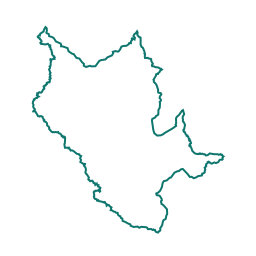 Coronel Portillo, Ucayali, Peru, rotated 176°
{"feature_id": "86281439B8316055413936", "entity_name": "Coronel Portillo", "entity_type": "district", "adm_level": 2, "iso_a3": "PER", "parent_name": "Peru", "parent_adm1": "Ucayali", "projection": "albers", "projection_center": [-74.152, -8.678], "detail": "fine", "context": "isolated", "style": "outline", "palette": "teal", "viewbox_px": 256, "rotation_deg": 176, "n_neighbors": 0, "source": "geoboundaries", "source_scale": "gbopen_adm2", "svg_char_len": 5800}
<svg xmlns="http://www.w3.org/2000/svg" viewBox="0 0 256 256"><g transform="rotate(176 128 128)"><path d="M201.9,183.7L201.7,182.7L203.0,182.0L202.6,181.3L202.8,179.5L203.7,178.9L204.2,179.3L205.8,178.8L205.8,177.5L206.9,177.1L207.1,176.2L207.7,175.9L208.4,176.1L209.3,175.4L208.7,173.6L208.8,172.9L209.8,172.5L211.4,169.9L212.2,169.3L214.1,169.9L215.0,169.3L215.1,168.8L216.1,169.0L216.6,167.0L215.9,166.9L215.7,166.3L214.9,165.6L216.0,165.3L216.6,164.3L217.6,164.4L219.3,163.4L219.3,163.0L219.9,163.0L219.8,162.3L220.8,161.3L221.3,159.3L220.6,157.6L221.1,156.3L220.8,154.8L219.6,153.2L219.9,152.4L221.1,151.6L221.3,151.2L219.2,150.9L216.9,146.1L216.1,146.1L215.5,145.6L214.1,146.0L212.5,145.2L212.5,144.4L211.7,143.1L211.6,141.9L211.0,141.8L211.1,140.4L209.8,140.0L208.6,138.7L208.4,136.1L206.9,134.7L206.5,133.4L206.8,132.6L204.5,129.6L203.4,129.0L202.8,129.2L201.8,128.8L200.8,129.1L199.3,128.7L198.0,128.9L197.9,128.2L197.2,127.5L195.8,127.0L194.9,125.7L194.7,124.6L193.8,124.6L193.8,123.7L193.2,123.0L192.7,123.0L192.0,123.7L191.6,123.4L191.4,122.3L192.1,117.1L192.6,116.4L192.3,112.7L189.4,112.6L189.0,111.9L188.2,112.4L186.8,109.5L185.7,109.7L184.2,109.0L180.9,105.9L178.4,105.1L178.2,104.1L176.7,103.3L177.9,101.2L177.1,99.4L177.9,97.4L175.2,95.5L173.4,95.1L173.6,94.4L174.6,93.9L174.2,92.8L173.3,91.8L172.8,89.4L173.6,86.7L173.2,85.5L172.4,84.8L170.5,81.4L171.2,79.6L170.6,78.8L170.2,78.8L169.5,77.5L167.4,78.0L166.4,76.8L166.4,75.8L165.7,75.2L165.0,75.3L164.6,73.6L164.1,74.1L163.5,73.9L163.0,74.5L162.8,73.5L161.5,73.1L162.0,71.8L161.0,71.4L159.7,70.2L160.2,69.2L160.9,68.9L160.1,67.0L160.5,66.6L160.7,67.3L161.7,67.3L162.4,67.9L163.5,67.5L164.8,67.7L165.4,67.1L166.0,67.2L166.7,66.4L166.3,63.4L166.8,62.1L166.5,61.6L166.7,60.7L165.9,59.6L164.2,59.1L164.0,57.7L163.0,57.5L162.5,57.9L162.0,57.0L159.7,56.5L157.5,55.5L157.0,55.9L156.3,55.8L155.9,54.5L154.9,53.9L154.7,52.0L153.5,52.8L152.6,52.6L151.9,51.4L150.1,50.0L150.6,49.5L150.5,48.3L151.0,47.3L149.3,46.7L148.3,45.7L146.9,45.4L145.8,44.3L144.3,44.1L144.0,42.1L142.7,40.8L141.8,40.5L141.4,38.8L140.0,38.1L139.8,35.6L137.8,34.8L134.1,32.4L132.8,32.0L132.3,31.4L132.2,30.3L129.3,28.9L125.3,29.0L123.8,27.7L121.6,28.5L117.1,27.8L115.8,27.2L115.2,25.7L111.9,25.6L110.6,24.6L109.6,25.0L108.9,24.3L108.2,24.4L107.6,22.6L105.5,21.6L104.5,22.7L103.8,22.7L102.8,24.0L102.9,25.8L101.3,27.6L101.2,28.3L100.6,28.9L99.6,32.7L98.6,33.8L96.8,34.6L95.8,38.1L94.9,39.5L94.8,44.2L97.4,47.7L98.7,49.1L99.8,49.8L100.2,52.1L100.0,52.9L99.3,53.4L99.4,55.0L101.1,58.1L102.3,58.7L103.7,58.8L104.2,59.3L104.4,60.3L104.3,60.8L102.5,61.4L100.3,63.2L98.2,66.9L97.3,70.6L96.0,72.5L93.0,73.0L89.8,75.5L88.6,75.6L84.8,80.2L81.8,81.4L80.2,81.5L78.3,82.9L76.7,83.4L76.1,83.2L71.8,78.0L69.7,74.8L67.9,74.9L65.9,73.3L63.1,74.1L61.5,75.1L57.6,75.5L57.2,77.3L55.8,77.5L54.5,78.5L54.5,79.8L53.8,81.1L54.3,83.1L53.2,83.8L53.1,84.5L52.6,84.7L52.8,85.5L52.6,86.4L50.8,87.7L50.9,88.4L50.0,88.8L49.0,88.2L48.5,87.4L47.0,86.6L44.3,87.6L42.7,86.9L40.4,87.6L38.8,89.8L37.3,90.0L36.4,89.7L35.7,90.3L35.8,91.8L34.7,93.0L35.4,93.4L35.9,94.5L36.3,94.3L37.2,94.9L37.4,95.5L39.3,94.9L40.4,95.6L43.6,95.8L48.2,96.9L50.4,95.4L52.2,95.2L53.3,96.5L54.7,96.5L55.6,97.2L57.2,97.0L57.8,97.6L58.6,97.6L58.7,97.1L60.2,97.1L62.3,97.7L63.3,98.2L65.4,100.6L66.4,104.4L68.1,105.9L68.0,106.4L67.2,106.6L67.6,107.3L67.5,107.7L66.2,108.4L66.6,110.3L67.4,110.8L67.1,111.4L67.8,111.7L67.5,112.7L68.1,113.0L68.5,115.1L69.4,115.6L69.3,116.2L70.1,116.4L70.0,116.9L71.0,117.9L71.4,119.6L72.3,120.1L72.2,120.7L72.6,120.8L73.0,121.6L72.7,122.5L72.1,122.9L70.9,127.1L71.9,129.9L72.6,130.4L72.8,131.3L72.5,132.3L72.8,133.9L72.5,135.7L71.0,137.8L71.9,142.0L72.9,141.5L76.2,137.5L78.5,135.7L79.4,134.4L79.7,129.0L80.3,128.1L79.8,126.8L83.5,124.5L91.7,120.5L93.4,119.3L95.9,118.4L99.4,118.4L102.1,120.9L102.9,124.4L103.6,133.7L103.2,135.3L100.2,136.6L99.1,138.1L97.5,138.7L96.8,139.5L96.4,143.8L94.9,146.1L94.3,150.6L94.6,151.8L93.6,152.5L93.1,153.7L94.4,155.8L93.9,157.5L92.4,159.2L92.9,160.5L95.2,161.1L95.5,161.6L95.3,164.2L96.4,168.4L97.1,170.0L99.0,172.2L98.9,174.0L99.2,174.4L96.3,178.5L96.2,179.6L95.5,179.9L94.2,179.9L93.9,180.9L92.8,181.4L91.9,182.9L90.1,183.9L91.0,184.9L91.6,184.8L93.6,186.3L96.6,186.8L97.6,187.6L99.6,188.0L99.8,188.4L99.5,189.6L98.7,190.3L100.1,193.2L100.1,195.2L102.9,196.1L103.3,196.6L106.1,196.6L106.3,198.6L105.8,200.0L106.4,201.1L106.0,201.4L106.4,203.6L107.6,207.0L109.0,208.2L109.6,210.5L109.1,217.0L109.3,217.5L110.4,217.8L112.0,219.8L112.2,220.9L111.8,222.1L112.2,222.4L111.9,223.1L112.2,223.8L113.6,222.0L114.9,221.3L116.0,219.8L116.1,219.2L114.8,217.6L115.3,215.8L117.6,217.2L118.0,216.8L118.0,215.1L119.0,214.3L119.2,212.4L120.8,212.7L121.4,211.5L123.9,210.1L126.7,210.2L128.9,209.6L130.4,206.9L132.0,205.1L133.0,204.9L135.0,205.6L137.8,205.1L137.5,203.7L139.0,201.5L143.7,199.9L145.7,198.0L149.8,197.6L151.9,197.0L156.2,191.9L160.1,192.0L161.7,192.7L165.6,191.8L167.8,193.2L167.5,195.1L169.2,196.7L171.6,200.6L174.6,201.6L177.0,205.5L178.4,205.9L181.9,208.6L182.7,211.9L187.4,213.9L189.1,214.2L188.9,215.9L189.3,216.9L193.8,219.3L195.7,222.7L196.8,223.7L200.3,225.2L200.5,227.3L202.2,228.1L202.8,228.7L202.1,230.9L202.2,233.3L203.3,234.4L205.2,231.5L205.4,230.2L209.0,228.2L209.4,226.4L210.7,226.5L211.7,225.2L211.4,224.6L209.7,223.5L209.8,222.9L208.4,221.4L208.2,220.1L209.5,219.1L209.2,218.1L204.5,217.1L202.0,217.6L201.2,216.3L199.8,215.9L199.8,215.1L200.6,214.4L199.7,213.4L199.7,211.9L199.0,211.4L198.8,209.0L198.4,208.5L198.7,207.1L197.9,205.5L196.9,204.9L196.2,203.6L196.9,203.2L196.5,202.1L198.3,202.0L199.3,201.5L200.5,202.1L200.8,201.3L200.1,199.7L200.6,198.6L200.9,195.5L201.9,194.9L201.6,194.1L201.7,193.2L202.7,191.8L202.1,190.5L202.0,189.3L201.4,188.4L202.4,187.0L201.6,185.6L202.6,184.3L201.9,183.7Z" fill="none" stroke="#0f766e" stroke-width="2"/></g></svg>